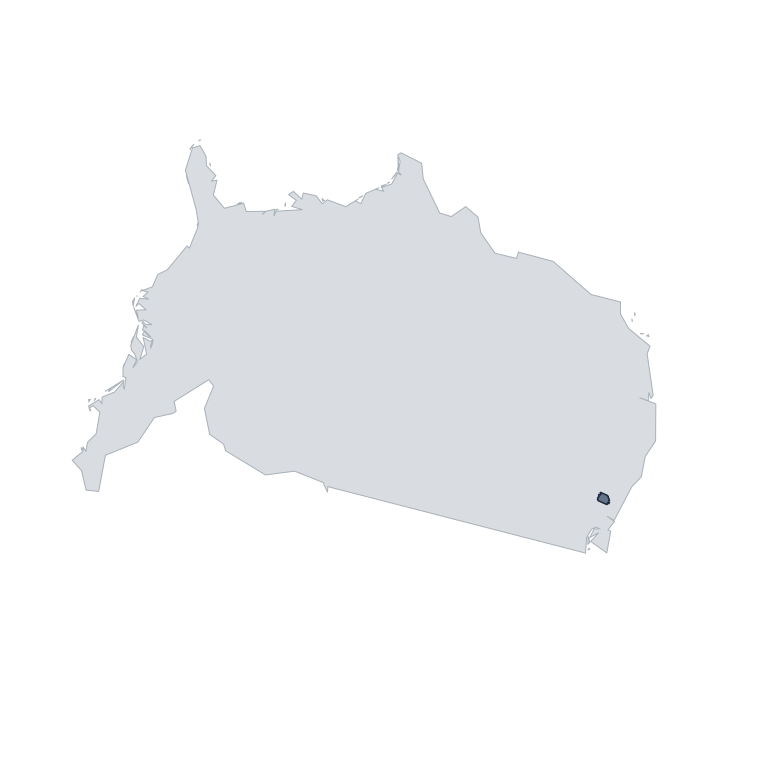 Clackamas, Oregon, United States of America (highlighted), rotated 204°
{"feature_id": "52423323B19187605552860", "entity_name": "Clackamas", "entity_type": "district", "adm_level": 2, "iso_a3": "USA", "parent_name": "United States of America", "parent_adm1": "Oregon", "projection": "orthographic", "projection_center": [-122.297, 45.174], "detail": "fine", "context": "in_parent", "style": "filled", "palette": "slate", "viewbox_px": 768, "rotation_deg": 204, "n_neighbors": 0, "source": "geoboundaries", "source_scale": "gbopen_adm2", "svg_char_len": 4942}
<svg xmlns="http://www.w3.org/2000/svg" viewBox="0 0 768 768"><g transform="rotate(204 384 384)"><path d="M585.2,230.8L609.5,205.6L601.0,169.8L613.0,165.9L625.0,181.8L637.8,187.5L631.5,200.3L633.1,203.8L629.0,201.4L631.1,210.1L626.7,221.5L632.1,242.7L641.0,245.9L643.3,242.4L640.6,240.0L642.4,240.6L644.9,243.9L637.9,253.8L633.9,251.4L636.2,257.4L626.8,267.1L622.8,280.3L621.4,275.8L619.3,273.9L622.3,284.8L625.5,284.6L629.1,293.1L629.1,307.4L619.9,305.6L620.0,296.6L618.3,304.0L623.7,309.9L628.3,312.1L631.1,316.3L632.4,338.1L629.3,326.1L618.7,320.5L617.0,307.4L613.0,314.7L622.9,328.5L615.0,327.9L613.4,329.7L612.7,323.7L611.8,322.3L611.9,327.4L613.4,330.7L624.8,330.6L624.3,334.7L617.9,332.0L616.0,332.1L623.9,335.2L626.6,335.0L627.3,339.7L623.2,338.6L630.1,341.5L629.6,343.1L626.1,341.5L620.2,343.8L629.5,344.8L633.4,341.6L644.4,352.8L635.5,344.6L640.1,350.8L631.7,355.0L640.6,357.9L642.3,353.9L641.9,362.8L633.4,365.9L639.6,366.0L637.1,372.0L642.8,371.1L635.1,378.6L635.2,392.1L628.3,400.5L620.1,429.9L617.1,429.1L617.7,450.5L618.8,455.1L626.4,466.8L652.4,498.5L655.0,521.8L649.0,526.9L639.2,519.7L635.0,511.2L622.4,506.0L623.9,499.3L619.5,502.2L616.7,487.2L601.3,479.6L585.7,492.0L580.0,485.5L563.0,493.4L564.1,489.2L562.2,493.8L554.9,499.1L552.8,492.8L552.9,497.9L529.4,510.1L540.6,508.7L538.8,516.1L548.2,518.2L545.1,523.1L534.3,519.4L535.4,525.6L522.6,528.3L513.8,523.6L510.7,529.2L491.1,530.5L482.6,542.7L484.8,539.5L478.5,539.4L478.1,550.8L468.3,561.4L470.5,558.5L462.8,560.0L466.2,562.6L458.3,569.9L457.3,582.3L453.0,581.8L457.1,583.8L459.8,593.9L464.7,599.0L462.5,602.1L439.4,601.0L431.5,587.2L402.7,562.9L390.6,564.3L381.5,579.3L365.9,574.6L357.2,561.6L335.8,548.6L314.0,552.6L314.8,559.1L279.4,564.8L231.3,550.0L201.3,555.1L196.5,544.2L183.1,534.2L156.3,526.8L156.0,518.8L133.5,483.1L134.2,479.3L138.6,484.1L135.7,476.2L145.0,475.4L127.6,476.4L112.7,442.4L115.9,424.3L111.2,403.9L115.8,390.8L118.3,352.9L126.3,354.0L117.5,352.0L120.1,341.8L117.0,341.8L111.8,320.3L131.1,324.3L127.4,335.5L133.5,327.6L133.1,337.0L128.4,339.3L131.8,339.7L135.3,335.8L136.5,326.2L131.1,311.5L393.5,267.4L391.6,262.1L399.5,269.2L430.3,268.0L455.4,252.7L501.6,258.6L506.1,263.9L522.7,267.0L538.1,288.6L538.8,312.7L545.8,316.7L568.7,282.7L562.9,274.8L564.7,271.5L580.1,260.0L585.2,230.8ZM632.1,268.4L635.9,263.7L623.3,282.0L632.5,264.8L632.1,268.4ZM132.6,320.6L135.2,326.6L135.0,327.5L131.5,323.0L132.6,320.6ZM463.9,597.4L459.3,589.2L458.4,583.9L459.9,589.3L463.9,597.4ZM632.9,200.0L634.6,202.5L633.6,202.6L632.9,200.0ZM514.7,526.2L515.8,528.2L513.3,527.3L514.7,526.2ZM166.9,535.6L169.9,534.2L170.1,534.6L166.9,535.6ZM163.6,534.8L162.5,536.5L161.4,535.1L163.6,534.8ZM642.0,250.8L641.8,253.4L641.3,253.3L642.0,250.8ZM459.0,578.6L458.3,583.3L460.5,574.0L459.0,578.6ZM644.4,487.8L649.4,494.1L643.7,487.3L644.4,487.8ZM182.8,542.2L184.2,544.5L182.6,542.4L182.8,542.2ZM656.4,522.2L655.2,525.9L656.8,518.8L656.4,522.2ZM647.3,357.1L646.8,361.5L644.9,353.2L647.3,357.1ZM130.0,315.7L130.0,317.4L128.9,316.6L130.0,315.7ZM466.6,564.2L463.0,567.5L466.6,563.5L466.6,564.2ZM646.5,247.9L647.5,249.8L646.0,250.5L646.5,247.9ZM183.0,548.7L184.1,551.5L182.6,549.1L183.0,548.7ZM462.3,569.4L460.9,571.0L462.0,568.8L462.3,569.4ZM632.0,320.0L632.2,325.5L631.5,318.3L632.0,320.0ZM481.9,545.0L479.6,547.6L482.7,543.4L481.9,545.0ZM618.9,452.3L619.7,455.8L618.6,453.7L618.9,452.3ZM643.8,371.1L643.4,372.2L644.2,368.4L643.8,371.1ZM591.5,488.1L589.3,491.3L588.0,491.6L591.5,488.1ZM553.6,499.0L553.2,499.9L551.5,500.5L553.6,499.0ZM632.1,513.3L633.2,515.3L631.5,513.1L632.1,513.3ZM547.4,507.3L547.6,509.6L546.3,505.9L547.4,507.3ZM652.0,531.5L650.5,532.7L652.4,530.7L652.0,531.5ZM629.4,294.7L629.6,297.4L629.2,293.8L629.4,294.7ZM645.7,363.2L645.2,364.5L645.7,363.2Z" fill="#d9dde1" stroke="#a8b0b8" stroke-width="1"/><path d="M141.9,373.1L142.1,372.8L141.8,372.7L141.7,372.4L141.3,372.2L141.2,371.7L141.1,371.2L141.4,371.2L141.4,370.8L141.8,370.9L142.1,370.8L142.0,370.7L142.4,370.4L142.7,370.4L142.7,370.2L142.8,370.1L142.6,369.6L142.4,369.5L142.2,369.4L142.1,369.1L141.9,368.8L141.7,368.3L142.1,368.2L142.4,367.9L142.4,367.6L142.4,366.9L142.2,366.4L142.2,365.8L142.0,365.5L141.4,365.3L141.2,365.2L141.1,364.9L141.1,364.6L140.9,364.5L139.2,364.5L137.8,364.5L137.7,364.5L135.0,364.5L133.5,364.5L133.3,364.5L133.2,364.5L132.8,364.5L132.7,364.5L132.3,364.5L132.1,364.5L132.2,364.8L131.6,364.9L131.3,364.9L131.2,364.9L131.2,365.0L131.2,365.4L131.2,366.2L131.2,366.4L130.5,366.4L130.5,366.2L130.1,366.2L130.1,366.6L129.9,366.6L129.9,367.5L130.1,367.5L130.2,367.3L130.8,367.3L130.8,367.5L131.0,367.5L131.1,367.8L131.0,368.3L131.1,368.6L131.0,368.8L130.8,369.1L130.7,369.4L131.1,369.8L131.2,370.0L131.4,370.2L131.6,370.5L132.0,370.7L132.2,370.9L132.3,370.9L132.7,371.1L132.8,371.6L133.0,371.7L133.1,371.9L133.4,372.4L133.6,372.4L133.7,372.6L133.9,372.6L134.2,372.7L134.4,372.9L134.8,372.9L134.9,373.1L141.6,373.1L141.9,373.1Z" fill="#64748b" stroke="#1e293b" stroke-width="1.5"/></g></svg>